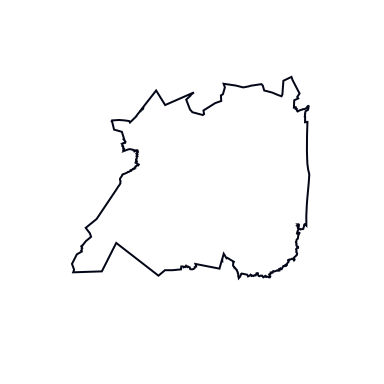 the district of Coyuca de Benítez, Guerrero, Mexico, rotated 249°
{"feature_id": "50627088B90299742739886", "entity_name": "Coyuca de Benítez", "entity_type": "district", "adm_level": 2, "iso_a3": "MEX", "parent_name": "Mexico", "parent_adm1": "Guerrero", "projection": "natural_earth1", "projection_center": [-100.103, 17.179], "detail": "fine", "context": "isolated", "style": "outline", "palette": "ink", "viewbox_px": 384, "rotation_deg": 249, "n_neighbors": 0, "source": "geoboundaries", "source_scale": "gbopen_adm2", "svg_char_len": 5918}
<svg xmlns="http://www.w3.org/2000/svg" viewBox="0 0 384 384"><g transform="rotate(249 192 192)"><path d="M196.6,79.9L189.9,81.9L186.3,81.7L184.2,75.4L181.8,71.3L182.5,71.1L182.0,71.0L181.7,71.2L181.4,70.6L180.9,70.2L180.8,69.5L181.0,69.2L180.9,69.1L180.5,69.3L179.1,69.4L179.1,69.1L178.9,68.8L177.5,68.4L177.1,67.8L176.8,68.1L175.9,67.8L175.1,62.2L167.9,54.2L161.7,54.1L159.6,52.3L150.2,79.4L171.6,103.0L125.9,130.7L128.7,138.8L126.1,145.4L123.7,154.0L125.3,154.7L126.3,155.4L126.0,155.8L125.9,156.5L125.1,157.7L124.7,157.5L124.7,158.3L124.4,158.7L125.3,160.0L123.8,160.6L124.0,161.0L123.8,161.2L123.9,161.5L123.3,161.9L122.4,162.9L121.2,162.6L120.5,162.8L119.7,164.5L119.6,166.0L119.8,166.8L120.1,167.3L120.9,167.6L120.8,169.1L121.1,169.3L123.6,169.4L110.6,190.2L117.5,195.3L116.9,195.6L118.7,196.3L123.0,199.5L117.7,200.5L117.8,201.4L111.2,206.6L112.0,205.3L110.8,205.0L108.7,204.0L107.6,204.1L107.1,204.3L106.9,204.6L106.1,204.4L105.4,205.1L104.8,205.0L104.0,205.6L103.1,205.9L103.0,205.7L100.9,205.8L100.6,206.0L99.5,205.6L98.6,205.7L96.7,204.9L95.6,205.0L94.8,204.8L95.4,206.0L96.4,207.3L97.8,208.4L98.0,209.2L97.6,209.4L97.5,210.1L95.0,213.9L93.1,214.1L93.3,216.1L93.8,217.1L93.4,217.3L93.1,217.7L92.2,217.6L92.0,218.8L91.5,219.4L92.0,220.4L91.3,221.5L91.7,222.0L93.0,223.1L92.7,224.3L92.2,224.3L91.4,224.0L90.2,224.0L89.4,224.5L89.2,224.8L89.3,226.2L89.2,226.5L88.9,226.8L88.8,227.4L88.0,227.6L87.7,227.9L86.9,227.9L86.7,228.2L87.3,229.9L86.8,229.9L86.6,230.2L87.1,230.2L87.0,230.9L86.0,231.5L85.6,232.5L85.2,233.1L84.9,233.1L84.4,234.0L84.6,234.4L85.2,234.9L85.6,234.6L87.4,234.5L87.6,235.2L87.3,235.6L87.5,236.0L88.7,236.7L88.5,237.5L88.0,237.7L88.1,238.2L87.9,238.4L89.0,239.5L88.3,240.4L88.2,243.3L87.7,244.0L87.5,244.8L87.9,244.7L87.7,245.2L87.9,246.2L88.4,245.9L88.9,246.0L88.6,247.0L88.9,247.3L87.9,248.1L90.2,250.8L89.8,251.4L89.7,252.4L89.5,252.6L89.7,252.9L89.6,253.2L89.4,252.8L89.3,253.2L89.7,254.3L90.0,254.5L90.2,254.4L90.1,253.7L90.4,253.6L90.3,254.2L90.6,254.3L91.3,255.5L92.0,256.6L92.1,257.0L93.0,257.1L93.1,257.5L93.6,257.3L93.7,257.6L93.5,257.9L93.7,258.1L93.9,258.1L93.9,257.8L94.1,257.8L94.0,259.0L93.7,259.6L93.8,261.5L93.6,262.4L93.3,262.7L92.9,262.5L91.9,262.7L91.6,262.6L91.5,262.9L92.2,263.6L93.1,263.5L93.6,263.6L93.6,263.3L94.1,263.7L94.6,264.6L94.9,265.7L95.5,266.7L95.6,267.3L96.0,267.7L96.3,267.7L97.1,268.2L98.3,267.8L99.0,268.0L99.4,268.5L101.1,268.6L101.4,268.8L101.5,269.4L101.9,269.5L102.1,269.8L102.1,270.6L101.9,271.0L102.1,271.1L102.8,271.4L103.6,270.7L104.7,270.3L105.2,270.6L105.5,270.6L105.9,271.0L106.2,270.8L107.0,271.1L107.5,271.0L108.1,271.1L108.3,271.7L108.9,271.9L110.0,272.6L110.4,273.3L110.4,273.9L110.8,274.3L112.2,275.0L113.2,275.6L114.2,276.5L115.2,277.7L115.5,277.6L115.7,277.0L115.4,276.6L115.5,275.9L115.4,275.3L115.9,275.2L116.5,275.8L117.2,276.2L118.8,277.9L119.5,278.1L120.1,277.9L120.6,278.2L121.7,278.1L122.5,278.5L122.8,278.2L122.9,278.7L123.8,279.1L124.0,279.0L123.8,279.7L123.4,280.0L122.9,279.9L122.8,280.0L121.4,279.2L120.8,278.3L120.4,278.3L119.6,278.6L118.8,279.6L118.2,279.8L117.9,281.7L117.6,282.3L117.7,282.7L118.4,283.1L119.6,284.1L121.2,285.0L121.6,285.6L121.6,285.9L121.3,286.4L120.5,286.2L119.6,286.7L128.6,290.1L139.1,294.7L144.8,297.4L158.6,304.2L165.9,307.6L167.4,308.0L170.9,308.4L173.6,309.0L176.9,309.8L182.0,311.5L189.4,314.1L203.2,319.5L216.1,324.9L216.5,323.8L216.2,323.7L216.6,322.5L220.2,324.0L221.0,324.3L221.7,324.2L221.8,324.6L224.2,325.3L224.6,325.8L225.0,325.8L226.2,326.6L226.8,327.3L226.8,327.7L227.0,328.0L227.0,329.5L227.6,330.1L230.3,331.7L230.6,331.6L230.7,331.2L230.6,330.7L229.3,328.8L229.2,327.5L229.0,326.8L229.6,325.2L229.4,324.1L229.6,323.4L229.6,320.7L229.4,320.1L229.4,319.4L230.6,319.1L231.9,319.6L232.3,318.8L233.2,319.1L233.2,318.6L234.1,318.9L234.3,317.4L241.0,320.3L241.3,324.7L243.0,324.3L245.4,327.7L260.4,326.0L263.8,326.1L263.1,317.2L250.6,311.3L249.3,309.9L251.4,307.4L256.1,302.5L260.9,295.8L266.0,296.2L267.8,295.5L270.2,284.7L270.3,282.6L271.3,277.3L275.7,271.0L281.7,260.3L277.9,260.2L272.2,255.9L271.8,253.6L266.5,251.9L266.7,245.6L264.0,231.9L260.4,231.2L260.0,229.7L266.3,221.0L269.7,219.7L280.3,219.7L282.5,225.1L282.9,225.1L284.3,229.5L282.8,198.1L299.6,194.9L287.9,175.4L287.5,176.3L287.0,175.8L286.7,175.3L287.1,174.6L286.3,172.7L285.8,172.8L285.7,172.0L284.9,170.5L283.0,167.4L282.7,167.3L279.1,159.0L280.7,158.8L283.0,154.7L285.3,149.9L287.5,143.0L286.8,142.3L285.9,142.6L278.2,141.6L273.3,148.1L265.6,147.6L265.6,147.1L265.0,147.4L264.8,147.3L264.4,147.3L263.7,147.7L262.7,147.9L262.0,147.3L262.2,147.1L262.2,146.3L262.0,146.0L262.3,145.4L262.1,144.2L261.9,144.4L261.5,144.0L260.5,143.6L260.3,143.8L260.0,143.5L259.5,144.0L258.8,144.1L258.3,143.9L258.2,143.6L257.6,143.4L256.6,144.0L255.7,142.7L255.2,142.7L256.0,144.1L254.7,142.7L254.6,147.8L254.2,149.6L252.7,151.8L252.2,152.0L252.1,152.7L250.5,152.8L250.5,153.1L251.0,154.1L250.7,154.3L250.9,155.0L250.8,155.6L250.3,156.0L249.9,155.5L249.1,155.9L248.9,155.7L249.0,155.6L248.8,155.1L248.4,155.1L248.2,154.7L248.1,154.9L247.7,154.2L247.5,154.4L247.2,154.5L246.9,154.0L246.5,153.8L246.2,154.2L245.5,153.2L244.7,153.6L244.6,153.0L244.4,153.0L243.8,152.7L243.1,152.5L242.8,152.2L242.7,151.6L242.2,151.3L242.0,151.5L241.7,151.5L241.4,151.1L240.8,150.9L240.5,151.5L240.2,151.5L240.3,150.5L239.9,150.1L239.8,150.4L239.6,150.5L239.2,150.2L238.6,150.7L237.6,151.0L237.4,151.5L237.1,151.6L236.7,152.1L236.1,151.4L236.5,150.7L236.5,150.3L236.1,149.3L236.2,148.7L236.1,148.4L235.3,148.0L235.5,147.8L234.9,147.2L235.1,147.0L234.9,146.5L234.6,146.4L234.8,146.2L234.6,145.7L234.7,145.0L234.2,144.7L234.3,143.1L234.1,142.9L234.2,142.7L233.6,142.6L233.7,141.6L233.4,140.2L233.7,139.6L233.3,137.8L233.2,135.3L233.3,133.8L233.2,133.2L232.8,133.1L232.3,132.5L230.4,129.8L229.9,129.4L228.7,129.1L227.7,129.2L226.9,128.6L225.8,128.3L224.1,126.2L223.8,125.5L221.2,122.0L201.0,93.3L196.6,79.9Z" fill="none" stroke="#020617" stroke-width="2"/></g></svg>